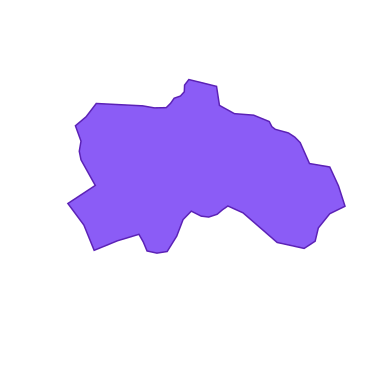 an SVG outline of Teleneşti, rotated 215°
{"feature_id": "MDA-1648", "entity_name": "Teleneşti", "entity_type": "District", "adm_level": 1, "iso_a3": "MDA", "parent_name": "Moldova", "parent_adm1": "", "projection": "equal_earth", "projection_center": [28.447, 47.584], "detail": "fine", "context": "isolated", "style": "filled", "palette": "violet", "viewbox_px": 384, "rotation_deg": 215, "n_neighbors": 0, "source": "natural_earth", "source_scale": "10m", "svg_char_len": 809}
<svg xmlns="http://www.w3.org/2000/svg" viewBox="0 0 384 384"><g transform="rotate(215 192 192)"><path d="M238.7,88.1L261.6,102.9L287.1,111.4L275.0,141.9L301.4,154.7L307.7,160.7L312.1,170.0L325.5,179.4L321.9,192.9L321.2,209.6L281.8,234.3L271.1,239.3L261.5,246.3L260.4,252.4L260.4,258.6L256.5,264.0L255.8,269.7L259.4,275.3L259.1,282.3L232.5,292.6L219.2,278.7L202.2,280.5L185.6,290.3L169.1,294.0L164.0,291.3L159.7,291.1L146.8,295.7L139.2,295.9L131.7,294.5L112.1,282.7L93.5,291.5L75.5,281.0L58.5,268.1L66.7,253.2L67.9,235.0L62.9,222.3L67.8,210.1L93.3,199.5L138.2,204.2L154.6,201.1L156.8,195.1L158.6,188.2L163.9,181.1L170.6,177.5L181.6,175.9L183.5,164.3L179.2,147.1L178.2,129.0L185.7,121.8L195.0,117.9L203.2,123.1L211.2,126.9L225.0,109.4L238.7,88.1Z" fill="#8b5cf6" stroke="#5b21b6" stroke-width="1.5"/></g></svg>